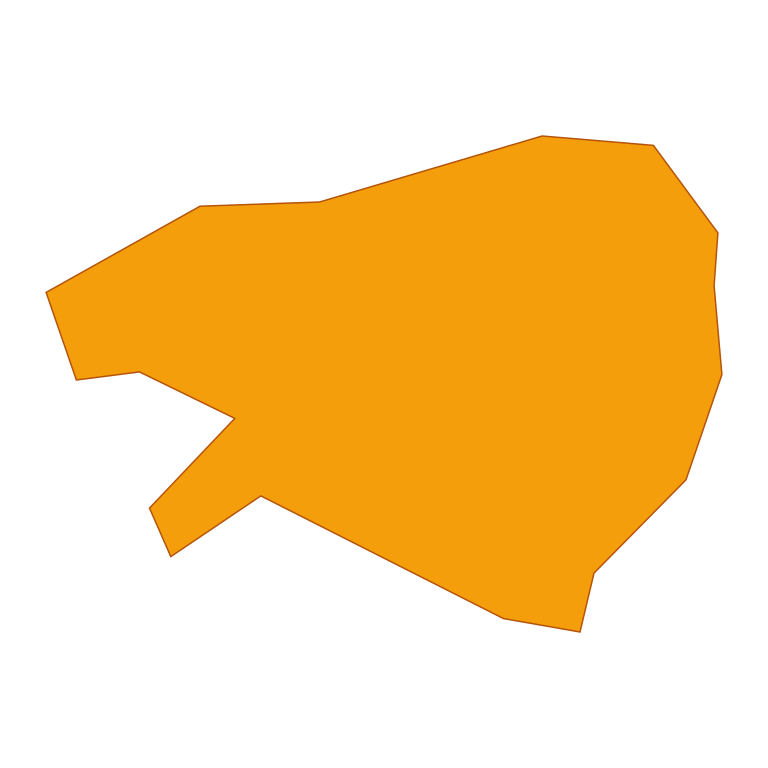 SVG path tracing the border of Damascus
{"feature_id": "SYR-4843", "entity_name": "Damascus", "entity_type": "Province", "adm_level": 1, "iso_a3": "SYR", "parent_name": "Syria", "parent_adm1": "", "projection": "mercator", "projection_center": [36.275, 33.512], "detail": "fine", "context": "isolated", "style": "filled", "palette": "amber", "viewbox_px": 768, "rotation_deg": 0, "n_neighbors": 0, "source": "natural_earth", "source_scale": "10m", "svg_char_len": 358}
<svg xmlns="http://www.w3.org/2000/svg" viewBox="0 0 768 768"><path d="M542.1,136.0L653.4,145.4L717.9,232.9L714.1,285.7L721.9,374.6L686.0,479.8L594.0,573.1L580.0,632.0L503.5,618.6L260.8,495.9L170.8,556.6L149.5,508.1L234.8,418.4L139.4,371.9L76.4,380.0L46.1,292.4L200.0,206.2L319.5,202.0L542.1,136.0Z" fill="#f59e0b" stroke="#b45309" stroke-width="1.5"/></svg>